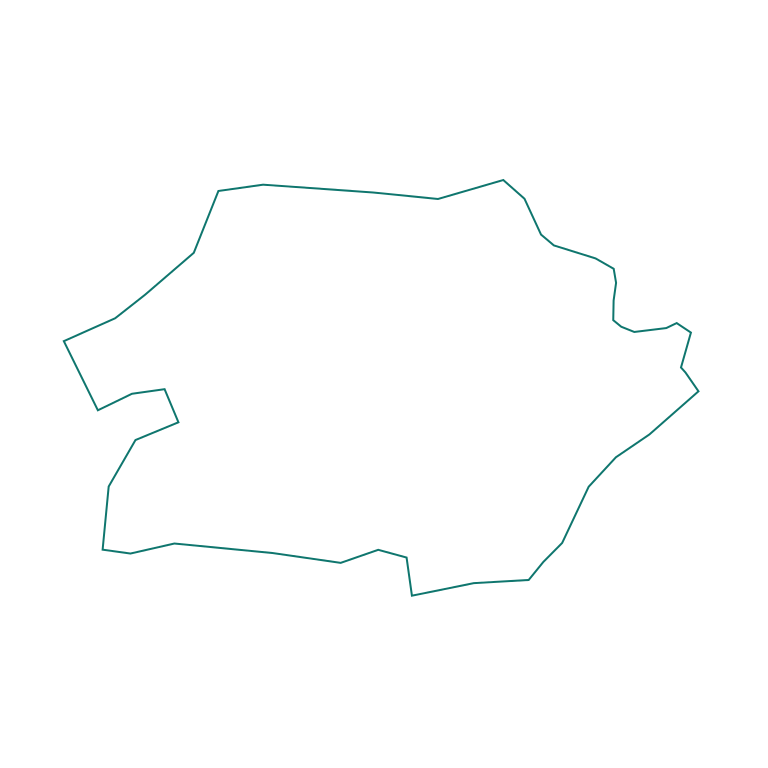 Rugaju, Robinson projection, rotated 172°
{"feature_id": "LVA-5741", "entity_name": "Rugaju", "entity_type": "Municipality", "adm_level": 1, "iso_a3": "LVA", "parent_name": "Latvia", "parent_adm1": "", "projection": "robinson", "projection_center": [27.065, 56.988], "detail": "fine", "context": "isolated", "style": "outline", "palette": "teal", "viewbox_px": 768, "rotation_deg": 172, "n_neighbors": 0, "source": "natural_earth", "source_scale": "10m", "svg_char_len": 723}
<svg xmlns="http://www.w3.org/2000/svg" viewBox="0 0 768 768"><g transform="rotate(172 384 384)"><path d="M72.9,392.2L87.6,359.0L83.9,353.5L73.6,333.0L128.2,297.1L164.5,279.2L195.6,253.8L229.7,201.8L251.0,185.6L268.0,169.8L322.8,174.3L385.8,170.5L385.8,209.0L412.8,220.6L451.8,212.9L517.8,232.1L613.8,255.2L658.7,251.4L685.7,259.1L670.9,320.8L637.9,363.1L592.9,374.7L602.0,409.4L635.0,409.4L671.0,397.8L695.1,471.0L641.1,486.5L608.1,505.7L554.1,540.4L521.1,598.2L476.0,598.2L367.9,575.1L304.8,559.7L237.5,569.4L219.1,547.9L207.7,510.1L196.5,497.6L157.0,478.9L140.5,466.1L140.1,451.9L145.0,434.7L148.1,415.3L141.1,407.7L128.9,400.7L96.7,400.1L85.7,403.6L72.9,392.2Z" fill="none" stroke="#0f766e" stroke-width="2"/></g></svg>